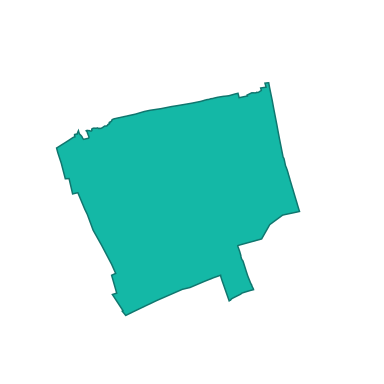 Desa, Dolj, Romania (Natural Earth projection), rotated 55°
{"feature_id": "2599482B69091861879874", "entity_name": "Desa", "entity_type": "district", "adm_level": 2, "iso_a3": "ROU", "parent_name": "Romania", "parent_adm1": "Dolj", "projection": "natural_earth1", "projection_center": [23.007, 43.851], "detail": "fine", "context": "isolated", "style": "filled", "palette": "teal", "viewbox_px": 384, "rotation_deg": 55, "n_neighbors": 0, "source": "geoboundaries", "source_scale": "gbopen_adm2", "svg_char_len": 3438}
<svg xmlns="http://www.w3.org/2000/svg" viewBox="0 0 384 384"><g transform="rotate(55 192 192)"><path d="M255.1,317.1L256.4,308.7L257.4,302.7L258.6,295.4L260.7,283.0L266.2,255.7L269.1,248.4L272.3,233.2L274.6,223.4L276.6,216.3L278.0,217.0L282.2,218.3L284.7,219.0L302.5,224.0L302.5,223.9L302.5,223.2L302.6,222.9L302.7,222.6L302.6,222.2L302.5,221.8L302.4,221.6L302.3,221.3L302.2,221.2L302.2,220.9L302.2,220.7L302.5,218.2L303.6,210.8L303.5,209.6L303.5,209.0L303.7,208.2L305.2,203.5L306.2,200.5L307.3,197.6L306.5,197.3L304.2,197.0L303.4,196.8L302.7,196.6L302.2,196.4L301.7,196.4L300.5,196.3L292.8,194.5L288.2,193.1L278.7,190.1L278.2,190.0L277.5,189.8L276.8,189.8L276.3,189.9L275.9,189.9L275.6,189.8L274.7,189.6L272.7,188.9L272.4,188.7L272.1,188.6L272.0,188.4L268.2,187.1L266.1,186.5L263.0,185.7L262.6,185.6L262.3,185.5L262.2,185.3L262.2,185.2L262.8,183.2L264.4,178.7L265.4,175.9L270.2,162.4L270.3,162.1L270.4,161.9L270.3,161.7L263.3,147.0L262.9,131.1L263.8,128.8L268.5,117.8L269.6,115.1L264.0,113.3L261.1,112.3L255.6,110.5L249.9,108.6L248.2,108.0L247.0,107.6L246.2,107.4L243.0,106.3L238.4,104.8L237.7,104.5L236.8,104.2L235.6,103.8L234.2,103.3L233.4,103.1L232.2,102.6L227.9,101.2L227.6,101.2L226.7,100.9L225.7,100.6L224.9,100.6L224.1,100.3L223.3,100.0L219.4,98.3L217.1,97.4L216.4,97.4L215.7,97.4L215.3,97.2L198.5,89.8L191.4,86.6L185.3,83.8L172.5,78.1L169.6,76.8L163.3,73.9L150.8,68.5L146.5,66.5L146.4,66.7L145.9,67.5L144.7,69.8L148.6,71.2L146.2,76.1L148.5,76.9L148.6,77.4L148.5,78.4L148.5,79.1L148.5,79.8L148.4,80.7L148.1,81.2L147.7,81.5L147.4,81.9L147.5,82.4L147.4,82.7L147.3,82.9L147.3,83.1L147.1,83.3L145.0,86.2L144.2,91.3L145.1,91.6L143.9,94.3L141.8,99.3L137.5,97.7L136.4,100.5L135.3,103.7L134.3,106.6L132.7,109.6L131.6,111.5L129.1,116.7L128.0,119.4L127.1,121.9L126.8,122.3L126.4,123.1L126.0,124.5L125.5,125.8L125.0,126.5L124.4,128.2L124.0,129.2L123.8,130.0L122.7,133.1L119.1,141.3L112.8,154.6L110.3,159.7L105.9,169.7L101.0,179.5L98.7,184.9L95.8,193.6L87.4,213.7L86.9,215.9L87.7,217.1L87.8,217.4L87.8,217.7L87.8,218.0L87.7,218.2L87.8,218.5L87.9,218.8L87.9,219.0L87.8,219.3L87.7,219.3L87.5,219.5L87.6,219.9L87.8,219.9L88.2,220.1L88.6,220.2L88.7,220.3L88.7,220.5L88.7,220.8L88.5,221.1L88.5,221.7L88.5,221.8L88.6,222.0L88.6,222.6L89.0,223.0L89.0,223.4L88.9,224.1L88.5,224.9L88.1,225.4L87.9,225.7L87.9,226.3L87.9,228.1L87.8,229.4L87.7,230.0L87.4,230.5L87.0,230.9L86.8,231.3L86.8,231.6L86.6,231.8L86.3,232.2L85.8,232.3L85.5,232.5L85.2,232.8L85.0,233.5L84.8,234.0L84.6,234.2L84.4,234.5L84.1,234.9L83.9,235.1L83.4,235.7L83.1,236.5L82.9,237.3L83.0,238.1L84.2,238.7L84.3,239.5L83.9,240.2L83.1,240.6L82.8,241.0L82.3,241.6L81.6,242.3L81.3,242.8L81.2,243.1L81.2,243.5L81.4,243.4L81.9,243.4L82.2,243.4L82.7,243.4L83.0,243.5L83.9,243.9L84.5,244.0L84.9,244.1L86.0,244.4L86.6,244.5L87.0,244.6L87.7,244.8L88.1,245.0L88.4,245.5L88.6,245.9L86.7,250.6L86.1,250.7L85.4,250.7L84.6,250.6L83.4,250.4L82.1,250.5L80.9,250.7L80.0,250.9L78.9,250.6L77.7,250.3L76.7,249.9L77.2,250.8L77.4,251.1L77.5,251.3L77.9,251.8L78.2,252.3L78.5,252.5L78.7,252.8L78.2,253.6L78.0,254.3L77.7,254.6L77.6,255.2L77.7,255.4L78.2,255.7L78.9,255.9L79.7,256.3L79.2,257.5L79.1,258.7L79.0,263.0L78.7,269.7L78.3,277.7L82.9,279.4L93.5,282.6L108.5,288.2L110.5,285.0L125.1,290.9L127.1,285.9L144.6,289.7L150.3,290.6L166.6,294.9L183.8,296.6L205.1,299.3L214.9,301.2L214.1,305.6L231.7,311.7L230.3,316.0L249.6,316.6L249.6,317.5L255.1,317.1Z" fill="#14b8a6" stroke="#0f766e" stroke-width="1.5"/></g></svg>